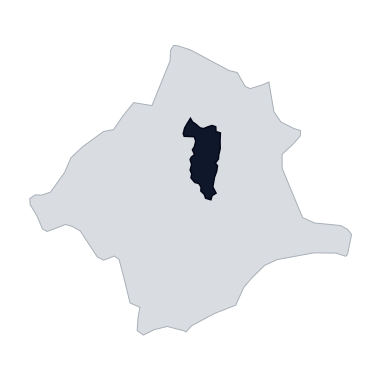 Lipljan highlighted on a map of Kosovo, rotated 273°
{"feature_id": "KOS-5903", "entity_name": "Lipljan", "entity_type": "District", "adm_level": 1, "iso_a3": "XKX", "parent_name": "Kosovo", "parent_adm1": "", "projection": "orthographic", "projection_center": [21.101, 42.527], "detail": "fine", "context": "in_parent", "style": "filled", "palette": "ink", "viewbox_px": 384, "rotation_deg": 273, "n_neighbors": 0, "source": "natural_earth", "source_scale": "10m", "svg_char_len": 1618}
<svg xmlns="http://www.w3.org/2000/svg" viewBox="0 0 384 384"><g transform="rotate(273 192 192)"><path d="M99.9,129.4L120.9,122.7L124.0,117.9L119.3,107.4L122.1,100.9L147.3,82.4L151.4,74.0L153.0,67.4L149.7,60.3L145.0,49.3L147.3,44.6L160.3,38.3L170.9,31.0L177.1,30.4L181.0,35.8L180.9,41.3L184.4,50.6L192.1,55.6L205.0,63.8L220.0,69.4L231.7,80.6L247.8,100.5L250.2,110.4L264.7,119.2L278.2,129.1L276.2,147.5L322.1,163.3L332.5,163.1L337.4,165.9L337.3,170.1L333.8,183.0L315.2,222.7L313.7,230.9L300.2,239.6L298.3,244.6L302.2,255.5L305.8,263.1L305.5,263.1L276.4,269.6L266.6,277.1L260.8,290.2L259.0,297.1L253.8,297.3L245.2,290.5L234.4,280.0L220.3,280.8L172.3,303.7L167.5,315.8L166.3,342.0L163.0,349.1L157.9,353.6L138.0,350.6L135.9,348.9L138.5,338.9L137.6,316.9L128.9,280.4L122.6,268.5L109.6,256.5L99.5,248.7L81.3,241.6L72.2,221.5L58.5,198.7L51.9,193.4L53.0,191.2L56.4,174.1L52.6,161.6L46.6,150.9L50.8,144.5L63.6,144.7L74.1,146.0L78.0,135.9L99.9,129.4Z" fill="#d9dde1" stroke="#a8b0b8" stroke-width="1"/><path d="M186.5,205.9L190.4,204.3L193.4,200.8L197.4,200.8L200.8,198.4L201.7,194.3L206.1,190.2L210.0,190.8L213.9,189.0L219.5,190.2L224.3,188.4L226.9,189.6L229.5,192.6L234.2,190.2L237.3,192.0L242.9,193.1L247.3,191.4L247.3,186.6L247.2,181.3L249.8,180.2L255.5,181.3L260.3,183.7L265.5,186.6L262.0,188.9L259.9,192.3L256.5,196.6L255.9,200.2L257.9,204.4L259.5,208.6L258.4,212.3L253.6,212.8L252.5,217.3L244.7,217.3L236.9,217.9L230.3,216.7L226.4,216.7L222.1,213.8L219.5,216.1L213.8,215.5L207.8,213.7L203.0,213.1L198.2,212.5L192.1,216.1L189.5,212.3L185.2,211.3L186.5,205.9Z" fill="#0f172a" stroke="#020617" stroke-width="1.5"/></g></svg>